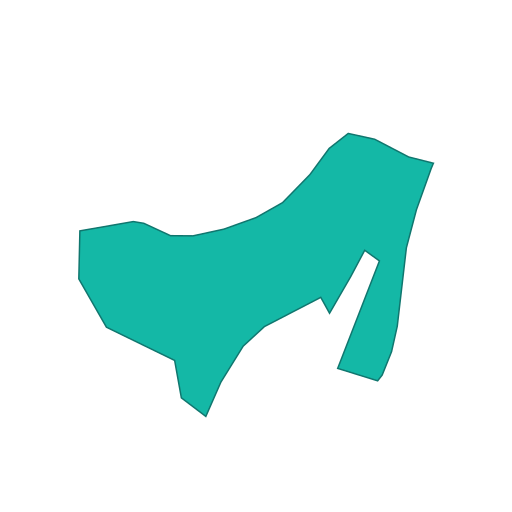 the border of Rucavas, rotated 208°
{"feature_id": "LVA-5718", "entity_name": "Rucavas", "entity_type": "Municipality", "adm_level": 1, "iso_a3": "LVA", "parent_name": "Latvia", "parent_adm1": "", "projection": "orthographic", "projection_center": [21.181, 56.214], "detail": "fine", "context": "isolated", "style": "filled", "palette": "teal", "viewbox_px": 512, "rotation_deg": 208, "n_neighbors": 0, "source": "natural_earth", "source_scale": "10m", "svg_char_len": 609}
<svg xmlns="http://www.w3.org/2000/svg" viewBox="0 0 512 512"><g transform="rotate(208 256 256)"><path d="M423.3,195.5L380.5,228.8L370.4,232.2L341.0,233.8L321.1,244.2L297.0,264.6L274.0,289.9L257.6,315.6L246.6,353.2L241.9,385.4L232.1,407.5L206.0,414.8L167.7,415.1L142.9,421.2L142.9,420.8L142.4,415.5L136.1,372.3L127.1,333.9L98.3,260.3L91.4,235.2L88.7,210.1L90.0,202.9L131.1,195.1L144.7,309.6L162.7,312.1L162.7,282.2L164.2,240.0L179.4,249.9L215.4,197.7L225.0,170.4L227.8,128.1L225.0,90.8L255.3,95.7L278.8,125.6L354.6,122.9L401.7,152.6L423.3,195.5Z" fill="#14b8a6" stroke="#0f766e" stroke-width="1.5"/></g></svg>